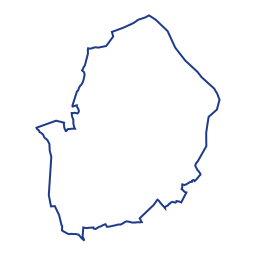 Ehime-Mbano, Imo, Nigeria
{"feature_id": "59680162B95469939765095", "entity_name": "Ehime-Mbano", "entity_type": "district", "adm_level": 2, "iso_a3": "NGA", "parent_name": "Nigeria", "parent_adm1": "Imo", "projection": "robinson", "projection_center": [7.283, 5.671], "detail": "fine", "context": "isolated", "style": "outline", "palette": "blue", "viewbox_px": 256, "rotation_deg": 0, "n_neighbors": 0, "source": "geoboundaries", "source_scale": "gbopen_adm2", "svg_char_len": 2779}
<svg xmlns="http://www.w3.org/2000/svg" viewBox="0 0 256 256"><path d="M141.7,222.1L139.7,218.3L153.8,204.8L157.4,199.7L158.8,200.7L160.6,203.1L164.0,206.9L165.1,208.2L165.0,207.0L165.9,206.4L168.1,205.3L168.3,204.7L168.8,204.2L170.0,203.6L170.5,202.7L172.0,202.1L172.7,201.8L173.4,202.1L174.3,202.4L174.9,202.5L175.2,202.6L175.6,202.5L176.5,201.8L176.5,201.1L178.8,201.4L181.2,202.4L186.4,192.5L185.5,192.3L184.6,191.8L183.8,191.1L183.0,190.1L181.6,189.2L181.6,188.9L182.2,187.5L182.3,186.4L182.2,185.2L182.3,184.4L184.2,184.9L184.5,185.0L186.2,184.4L187.5,183.6L189.0,182.7L189.6,182.2L191.1,181.9L192.0,181.7L192.0,180.8L193.2,180.0L194.0,180.2L194.5,181.1L195.4,180.4L197.1,178.6L199.1,176.1L200.5,174.6L200.4,174.0L199.8,172.9L198.9,171.6L197.3,169.8L196.7,168.5L196.1,167.6L195.4,166.0L195.3,165.2L195.8,164.0L196.3,163.0L197.5,161.7L198.4,160.2L206.3,146.2L206.2,132.6L207.5,123.9L208.6,116.9L216.9,109.6L219.5,99.8L217.2,93.6L216.7,92.9L214.2,88.6L201.6,77.2L197.5,71.9L185.2,60.5L175.2,47.6L167.6,31.1L155.7,19.7L149.0,15.4L145.4,17.4L138.3,19.7L133.6,23.0L123.1,27.8L111.9,31.9L113.2,36.5L106.2,46.0L98.4,47.6L95.1,47.3L90.3,48.7L88.1,48.3L87.9,49.4L87.9,53.8L84.9,65.3L83.8,67.0L82.1,70.5L83.2,71.3L84.1,72.3L84.6,74.8L84.4,76.0L83.7,79.0L83.3,80.7L82.5,82.7L81.3,84.8L80.0,86.0L78.9,88.1L78.2,90.3L76.9,91.6L74.6,98.8L72.4,105.7L72.6,106.5L73.4,106.3L75.0,105.8L75.9,105.5L76.8,105.3L76.8,106.0L77.2,107.2L78.2,108.8L78.9,110.9L78.7,111.8L78.4,112.5L77.6,113.4L75.9,113.1L74.8,112.8L73.9,112.9L73.1,113.1L72.2,113.0L71.7,113.0L71.7,113.9L71.9,115.3L72.1,116.5L72.5,117.6L73.0,118.9L73.3,119.8L73.4,120.9L73.3,122.8L73.5,124.4L74.4,127.7L75.0,128.7L72.4,128.7L70.7,128.8L69.7,129.2L68.3,128.9L67.9,129.0L67.3,129.8L67.0,130.4L66.4,130.9L65.7,131.0L65.3,129.8L64.7,128.9L64.3,127.6L64.1,126.5L64.0,125.0L63.8,123.9L64.1,122.7L56.1,120.7L36.5,127.7L36.7,128.4L37.1,128.9L37.7,129.5L38.6,130.1L39.2,131.0L39.6,132.1L40.7,132.7L41.5,133.2L42.4,134.0L43.1,134.6L43.9,136.5L44.5,137.6L45.2,138.4L46.1,138.8L47.6,140.4L49.4,144.0L49.7,150.5L51.3,156.8L48.8,195.1L51.0,206.4L54.8,206.1L59.1,215.1L61.6,225.4L62.2,226.1L62.0,230.4L63.5,231.4L68.1,233.9L69.6,234.2L71.3,233.8L73.8,234.1L75.7,234.0L78.7,234.7L81.8,238.4L84.4,240.6L82.6,236.6L83.3,227.5L86.3,228.1L90.0,227.7L92.0,227.6L93.4,227.5L93.4,228.1L93.6,228.5L94.6,228.8L95.5,229.0L96.6,228.4L98.8,227.0L101.1,226.2L102.5,225.4L105.0,224.3L105.5,224.2L107.0,226.8L109.3,226.6L114.7,225.4L115.8,225.2L117.4,224.7L118.4,224.5L119.4,224.5L120.4,224.6L121.9,223.9L122.8,223.4L123.6,223.0L124.0,222.7L125.0,221.9L125.9,221.6L126.3,221.4L127.6,221.5L128.9,221.7L129.8,221.9L131.3,222.4L132.6,222.6L134.2,222.5L135.9,222.5L137.7,222.2L140.1,222.4L140.8,222.1L141.7,222.1Z" fill="none" stroke="#1e3a8a" stroke-width="2"/></svg>